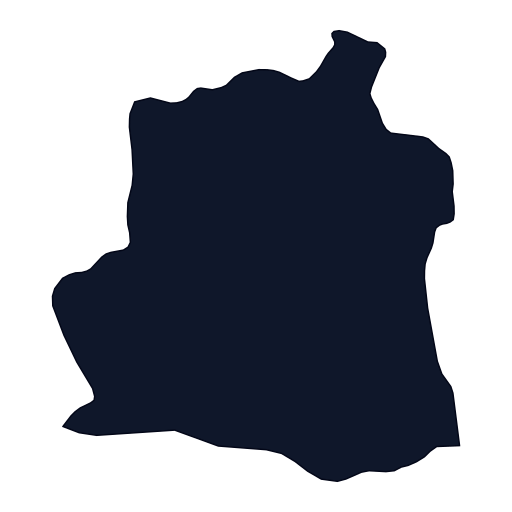 the border of Teleorman
{"feature_id": "ROU-127", "entity_name": "Teleorman", "entity_type": "County", "adm_level": 1, "iso_a3": "ROU", "parent_name": "Romania", "parent_adm1": "", "projection": "albers", "projection_center": [25.251, 44.09], "detail": "fine", "context": "isolated", "style": "filled", "palette": "ink", "viewbox_px": 512, "rotation_deg": 0, "n_neighbors": 0, "source": "natural_earth", "source_scale": "10m", "svg_char_len": 1761}
<svg xmlns="http://www.w3.org/2000/svg" viewBox="0 0 512 512"><path d="M459.5,445.6L436.7,446.5L430.1,451.2L424.4,456.8L416.5,461.7L408.1,465.4L401.1,467.1L394.3,470.7L385.9,471.6L369.2,470.7L366.8,471.1L361.3,472.2L345.9,479.0L337.4,481.3L321.3,479.1L307.7,471.2L295.0,461.4L293.8,460.7L281.6,453.4L266.4,449.7L218.3,446.0L174.7,430.1L96.6,435.3L79.2,432.7L63.0,426.5L63.1,426.3L63.5,425.7L71.1,415.8L75.3,411.6L80.3,407.9L90.5,403.0L94.1,400.3L94.7,396.4L92.6,388.4L76.8,362.0L64.0,335.3L52.8,305.8L52.5,296.2L54.8,288.5L62.6,278.3L69.3,274.8L75.4,272.9L81.8,272.5L86.9,271.1L90.8,268.9L101.8,257.1L106.1,254.0L110.9,252.4L123.4,250.1L128.1,247.1L130.4,242.4L129.7,232.8L127.9,224.9L127.4,216.5L127.9,202.6L132.2,185.3L133.3,174.0L132.1,149.7L129.4,127.1L129.6,118.9L130.1,113.7L134.7,101.9L150.4,98.0L170.4,103.2L176.7,102.9L182.3,101.5L186.1,99.5L188.9,97.2L193.6,91.4L197.3,88.6L200.8,88.1L212.4,89.8L221.4,87.6L226.4,85.3L234.5,77.3L242.2,72.9L258.8,69.7L267.1,69.8L273.5,70.6L279.4,72.3L291.1,78.0L299.0,81.4L303.1,80.9L309.4,78.8L316.5,71.8L320.6,66.2L326.1,56.5L328.3,53.3L333.2,47.7L334.8,44.8L334.8,41.8L332.2,36.5L332.0,33.5L334.0,31.5L339.1,30.7L347.3,32.2L367.8,42.0L377.0,42.7L384.7,48.9L385.6,52.3L385.4,56.6L379.2,67.6L371.5,86.9L369.8,93.6L371.1,97.9L373.8,103.3L377.6,109.5L382.3,123.2L386.1,129.4L390.7,133.1L422.9,137.0L428.3,138.9L438.7,148.5L446.0,153.7L449.2,157.0L451.1,162.8L452.7,170.7L453.1,184.0L452.2,191.6L454.0,206.1L454.1,213.9L453.2,219.7L450.1,222.0L446.7,223.3L442.5,224.0L439.4,225.2L436.1,227.8L434.6,231.9L432.9,242.9L431.3,248.1L427.0,257.6L425.1,263.9L424.5,270.8L424.4,278.6L427.6,308.1L437.3,361.3L441.8,374.0L450.8,386.6L452.9,393.1L459.5,445.4L459.5,445.6Z" fill="#0f172a" stroke="#020617" stroke-width="1.5"/></svg>